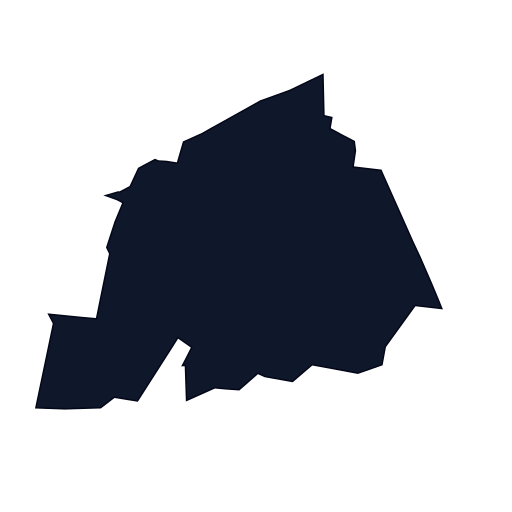 Bacoachi, Sonora, Mexico (orthographic projection), rotated 101°
{"feature_id": "50627088B75325241726105", "entity_name": "Bacoachi", "entity_type": "district", "adm_level": 2, "iso_a3": "MEX", "parent_name": "Mexico", "parent_adm1": "Sonora", "projection": "orthographic", "projection_center": [-109.957, 30.68], "detail": "fine", "context": "isolated", "style": "filled", "palette": "ink", "viewbox_px": 512, "rotation_deg": 101, "n_neighbors": 0, "source": "geoboundaries", "source_scale": "gbopen_adm2", "svg_char_len": 1183}
<svg xmlns="http://www.w3.org/2000/svg" viewBox="0 0 512 512"><g transform="rotate(101 256 256)"><path d="M434.6,379.6L421.7,368.2L421.6,366.9L421.3,356.4L420.9,344.7L361.6,321.2L351.0,317.1L352.7,313.2L354.7,308.8L356.0,305.8L357.9,301.6L369.1,304.8L377.6,307.3L376.9,304.4L394.0,300.5L411.0,296.6L410.8,296.3L393.2,271.3L392.2,260.9L390.5,247.1L389.1,246.0L380.6,239.4L370.8,231.8L372.6,224.2L372.5,216.5L372.2,196.2L352.0,180.2L351.6,133.7L338.7,111.6L320.4,111.8L274.2,90.4L272.1,63.6L266.4,67.3L251.0,77.5L226.2,94.5L211.8,105.0L202.5,111.5L150.1,148.2L148.0,149.6L150.1,177.7L133.6,178.5L124.8,181.4L120.9,194.6L116.8,207.7L105.6,208.0L105.3,216.1L65.0,224.9L72.6,235.1L87.0,254.4L103.0,281.2L129.7,312.8L138.9,323.8L146.6,332.8L148.5,335.6L157.9,348.9L179.9,350.9L180.3,362.1L181.4,370.1L180.6,373.5L189.0,383.9L192.4,388.0L211.9,392.8L219.4,402.1L219.4,403.4L225.3,415.0L227.1,403.2L229.1,396.7L237.5,398.4L249.7,400.9L250.0,400.9L276.1,404.1L281.6,400.0L312.6,400.3L335.3,400.5L339.5,400.5L348.1,400.6L349.6,415.0L350.1,420.3L352.7,448.4L360.8,441.9L447.0,443.1L443.8,422.7L443.0,417.8L442.6,414.9L434.6,379.6Z" fill="#0f172a" stroke="#020617" stroke-width="1.5"/></g></svg>